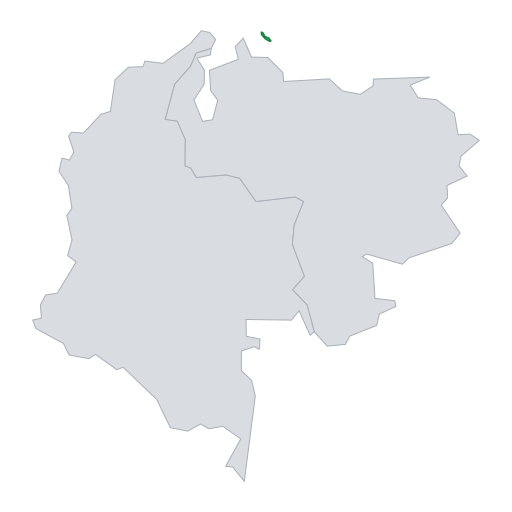 map of Curaçao with Colombia and Venezuela greyed out
{"feature_id": "CUW", "entity_name": "Curaçao", "entity_type": "country or territory", "adm_level": 0, "iso_a3": "CUW", "parent_name": "North America", "parent_adm1": "", "projection": "natural_earth1", "projection_center": [-68.965, 12.213], "detail": "fine", "context": "with_neighbors", "style": "filled", "palette": "green", "viewbox_px": 512, "rotation_deg": 0, "n_neighbors": 2, "source": "natural_earth", "source_scale": "50m", "svg_char_len": 2140}
<svg xmlns="http://www.w3.org/2000/svg" viewBox="0 0 512 512"><path d="M314.4,331.9L310.1,335.2L299.1,310.8L291.4,320.1L246.0,319.5L246.3,336.3L260.0,339.1L259.2,349.4L254.5,346.6L241.4,351.0L241.3,370.6L251.6,380.4L255.3,395.8L244.3,481.3L232.6,467.0L225.7,466.3L240.7,438.9L222.9,426.3L208.9,428.7L200.5,424.0L187.7,431.1L170.4,427.7L156.7,399.5L123.0,367.2L116.8,369.7L95.4,354.4L88.8,358.7L69.1,355.0L63.4,343.4L35.8,328.5L32.7,320.1L41.4,318.1L40.4,304.6L45.8,294.9L57.4,293.1L76.1,262.0L67.6,255.6L72.0,240.0L66.8,215.4L71.9,208.3L68.3,185.5L59.0,171.2L62.0,158.1L69.5,160.0L73.9,152.0L68.6,136.2L71.4,132.2L83.4,133.1L100.9,114.3L110.4,111.4L115.1,79.7L128.4,67.2L143.0,66.7L144.9,61.1L163.0,63.3L190.2,43.7L201.4,30.7L209.6,32.4L215.7,39.5L211.2,48.5L196.3,53.1L190.4,66.5L174.7,84.3L165.3,119.3L177.3,121.1L185.3,139.4L185.1,165.8L190.8,168.1L196.3,177.4L226.2,174.9L239.7,178.3L256.0,201.5L295.3,196.9L303.6,201.6L294.2,225.1L292.4,244.4L304.5,276.3L292.7,289.7L307.3,305.1L314.4,331.9Z" fill="#d9dde1" stroke="#a8b0b8" stroke-width="1"/><path d="M441.3,205.2L460.2,233.3L451.7,243.5L409.0,257.8L402.4,264.2L366.6,254.0L362.3,256.5L372.7,263.4L375.0,298.4L394.7,300.7L396.0,306.4L379.4,314.0L376.7,325.4L349.8,336.1L345.3,344.4L327.2,346.1L314.4,331.9L307.3,305.1L292.7,289.7L304.5,276.3L292.4,244.4L294.2,225.1L303.6,201.6L295.3,196.9L256.0,201.5L239.7,178.3L226.2,174.9L196.3,177.4L190.8,168.1L185.1,165.8L185.3,139.4L177.3,121.1L165.3,119.3L174.7,84.3L190.4,66.5L196.3,53.1L211.2,48.5L210.5,54.9L196.9,58.1L204.4,70.3L204.1,84.4L193.9,100.0L202.6,121.4L212.6,119.7L217.8,100.2L210.6,90.7L209.5,70.3L238.3,59.3L235.2,46.6L243.3,38.1L251.5,57.1L267.8,57.5L282.8,72.5L283.7,81.5L329.2,78.9L342.5,91.0L360.2,94.3L373.1,85.9L373.4,79.1L429.8,77.1L410.2,85.1L418.1,97.8L436.7,99.8L454.3,113.1L458.1,134.7L470.2,134.1L479.3,140.4L461.0,156.2L459.1,166.0L467.1,176.0L447.0,185.4L447.6,197.8L441.3,205.2Z" fill="#d9dde1" stroke="#a8b0b8" stroke-width="1"/><path d="M270.8,40.9L269.6,41.3L265.2,38.7L261.5,34.5L261.4,32.3L262.3,32.4L263.3,33.3L264.7,36.3L269.0,38.2L270.8,40.9Z" fill="#22c55e" stroke="#15803d" stroke-width="1.5"/></svg>